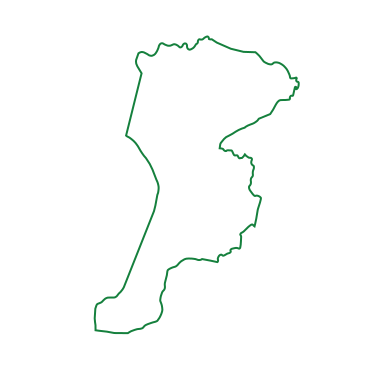 Dolores Merendon, Ocotepeque, Honduras, rotated 192°
{"feature_id": "27666195B64666731554953", "entity_name": "Dolores Merendon", "entity_type": "district", "adm_level": 2, "iso_a3": "HND", "parent_name": "Honduras", "parent_adm1": "Ocotepeque", "projection": "equal_earth", "projection_center": [-89.141, 14.565], "detail": "fine", "context": "isolated", "style": "outline", "palette": "green", "viewbox_px": 384, "rotation_deg": 192, "n_neighbors": 0, "source": "geoboundaries", "source_scale": "gbopen_adm2", "svg_char_len": 6066}
<svg xmlns="http://www.w3.org/2000/svg" viewBox="0 0 384 384"><g transform="rotate(192 192 192)"><path d="M204.4,345.5L205.8,345.1L207.1,345.1L207.3,345.4L207.7,346.4L208.1,346.9L208.8,347.3L209.4,347.3L210.3,346.8L211.2,346.1L212.0,345.3L212.9,344.0L213.7,343.3L214.7,343.0L215.2,342.9L216.2,343.0L216.9,342.7L217.3,342.1L217.5,341.5L217.6,340.8L217.4,339.6L217.6,338.7L218.0,338.1L218.7,337.5L218.9,337.1L219.5,335.4L220.0,334.3L220.7,333.2L221.6,332.3L222.5,331.5L223.5,330.9L224.1,330.7L224.8,330.8L225.4,331.0L225.9,331.3L226.4,331.8L226.8,332.4L227.1,333.2L227.3,334.2L227.7,335.0L228.4,335.7L228.9,335.9L229.3,335.9L230.2,335.7L230.8,335.2L231.4,334.3L231.7,332.9L232.1,332.1L232.7,331.4L233.5,331.0L234.1,331.0L234.5,331.2L236.0,332.1L237.1,332.5L238.1,332.8L239.1,332.9L239.9,332.9L240.8,332.6L241.5,332.1L242.6,331.3L243.5,330.7L244.4,330.4L245.3,330.2L246.2,330.1L247.7,330.3L249.3,330.6L251.4,331.3L251.9,331.3L252.4,331.2L253.0,331.0L253.5,330.6L254.0,330.0L254.3,329.4L254.7,328.1L254.8,326.0L255.1,324.4L255.4,322.9L255.8,321.7L256.4,320.1L256.9,319.2L257.7,318.2L258.5,317.6L259.2,317.1L259.9,316.8L260.7,316.7L261.6,316.7L262.4,316.8L264.4,317.6L266.6,318.2L268.2,318.6L269.4,318.6L270.3,318.5L271.4,318.0L272.3,317.4L273.2,316.5L274.1,309.5L273.9,307.9L273.2,305.9L271.6,303.6L266.0,297.6L268.2,233.5L267.3,233.0L264.5,232.2L262.3,231.2L259.7,229.8L257.4,228.2L255.7,226.7L254.4,225.5L250.8,221.5L249.0,219.7L246.6,217.5L244.0,215.5L239.2,210.7L235.3,205.7L229.5,196.8L227.9,194.6L227.2,193.4L226.4,191.8L225.7,190.0L225.3,188.1L225.1,186.1L225.0,184.1L225.3,182.0L225.0,171.2L225.2,165.4L238.9,84.5L239.7,82.2L241.1,79.4L242.5,77.4L243.7,74.9L244.1,74.2L244.7,73.6L245.5,72.9L246.3,72.6L252.0,71.3L252.8,71.0L253.7,70.4L254.5,69.8L255.1,69.1L256.1,67.7L257.2,65.9L257.7,65.3L258.4,64.7L260.8,63.1L261.2,62.8L261.6,62.2L261.9,61.3L262.3,57.8L260.9,48.2L259.8,44.6L258.7,41.6L257.6,36.7L254.7,36.9L246.2,37.7L238.7,37.9L225.4,40.6L224.2,41.8L222.6,43.2L219.4,45.2L217.2,46.4L216.1,46.8L214.2,47.4L212.8,48.1L212.2,48.5L211.7,49.1L210.5,51.3L210.0,51.8L209.4,52.4L207.7,53.6L204.6,55.5L203.2,56.3L200.8,57.5L199.5,58.4L199.0,59.0L198.7,59.8L197.9,61.6L197.4,63.1L197.0,64.7L196.7,66.2L196.5,67.8L196.4,69.2L196.5,70.7L197.2,72.9L197.9,74.7L198.7,76.2L200.3,78.7L200.6,79.6L200.7,80.7L200.8,82.1L200.8,83.8L200.4,87.3L200.2,88.1L200.0,88.7L199.2,90.0L198.9,90.6L198.7,91.3L198.6,92.0L198.7,93.4L198.9,94.1L199.4,95.8L199.6,97.3L199.3,105.3L199.6,109.4L199.5,110.3L199.2,110.9L198.1,112.1L196.3,113.5L194.9,114.4L193.0,115.4L192.0,116.2L191.0,117.5L190.1,119.2L189.5,120.2L188.2,122.0L186.8,123.3L185.4,124.6L184.4,125.2L183.6,125.6L181.6,126.2L178.4,126.8L176.4,127.0L174.6,127.1L172.0,126.8L171.0,126.9L170.3,127.1L169.6,127.4L168.8,127.9L168.2,128.5L159.6,128.7L152.7,128.7L152.3,129.2L152.2,130.0L152.3,130.7L152.7,131.5L152.9,132.1L152.9,132.7L152.8,133.4L152.6,134.3L152.3,135.1L152.0,135.6L151.5,136.2L150.9,136.6L150.4,136.8L149.8,136.7L148.7,136.2L148.2,136.2L147.7,136.4L146.9,137.0L144.6,139.1L142.7,140.1L142.2,140.6L141.9,141.0L141.7,141.6L141.8,142.0L142.2,142.7L142.3,143.1L142.2,143.5L141.9,144.1L141.1,144.8L139.0,145.8L137.3,146.5L136.0,146.6L134.3,146.4L133.9,146.5L133.6,146.8L133.3,147.4L133.3,148.2L133.4,150.5L133.8,153.4L134.6,158.4L135.0,159.3L135.7,160.1L135.9,160.3L135.9,160.8L135.8,161.4L135.3,162.2L134.2,163.1L133.2,164.2L129.7,169.5L128.5,171.0L127.3,172.3L126.5,172.7L126.0,172.7L125.5,172.5L124.6,171.8L123.7,171.4L123.6,173.9L123.6,179.4L124.0,188.3L123.9,189.8L123.3,195.9L123.2,198.7L123.2,199.7L123.3,200.1L123.5,200.7L123.9,201.0L125.0,201.6L126.2,201.9L127.1,202.0L127.9,201.9L128.5,201.8L129.3,201.3L129.7,201.2L130.0,201.3L130.4,201.4L131.2,201.9L132.4,202.8L135.0,205.1L136.1,206.2L136.8,207.3L137.2,208.4L137.3,209.2L137.1,209.8L136.6,210.6L136.4,211.3L136.2,212.0L136.2,212.7L136.4,214.0L137.0,215.8L137.1,217.1L136.9,218.1L136.7,218.6L136.1,219.6L135.9,220.5L136.0,221.4L136.5,223.1L136.7,224.5L136.7,225.8L136.4,227.6L136.5,228.7L136.7,229.6L137.1,230.3L137.6,230.6L138.4,230.9L139.0,231.3L139.6,231.9L140.0,232.6L140.2,233.2L140.3,233.9L140.3,234.8L140.1,236.0L140.2,236.5L140.4,237.0L140.7,237.3L141.4,237.6L141.9,237.6L143.3,237.4L143.9,237.5L144.6,237.8L146.9,238.8L147.5,239.4L148.1,239.8L148.5,238.7L148.9,237.7L150.1,235.8L150.4,235.6L151.4,235.4L152.2,234.9L152.8,234.9L153.4,235.2L154.9,237.0L155.2,237.2L156.3,237.1L157.5,236.7L158.0,236.7L158.4,236.9L158.8,237.1L161.3,240.4L161.9,240.8L162.4,240.8L163.4,240.6L165.5,240.3L166.5,239.9L167.1,239.2L167.9,239.0L168.5,239.1L169.2,239.4L169.7,239.7L170.4,240.4L171.1,240.6L171.9,240.7L174.0,240.5L174.3,244.7L174.0,246.0L171.7,250.5L170.0,252.8L167.3,255.0L164.5,257.4L161.8,260.1L159.2,262.4L156.4,264.4L153.8,265.9L153.3,266.7L151.3,268.5L149.0,270.1L146.9,271.4L145.6,272.4L144.3,273.7L143.0,275.2L142.5,276.1L142.1,277.1L141.8,277.6L131.7,284.5L129.8,289.4L128.2,294.8L127.6,296.5L126.9,298.0L125.9,299.4L125.1,300.0L124.2,300.4L119.5,301.5L116.9,302.3L116.1,302.6L115.8,302.9L115.7,303.2L115.6,303.6L115.9,304.5L115.9,305.1L115.8,305.6L115.6,306.1L115.3,306.6L114.8,306.9L113.6,307.0L113.3,307.3L113.2,307.7L113.1,315.1L113.1,315.7L113.0,316.0L112.8,316.3L112.5,316.4L112.2,316.4L111.8,316.0L111.7,315.7L111.8,314.9L111.7,314.6L111.5,314.3L111.3,314.3L111.0,314.4L110.9,314.5L110.7,314.9L110.3,315.5L110.1,316.0L109.9,317.3L109.9,318.6L110.1,320.0L110.4,321.1L110.7,321.5L111.0,321.7L111.4,321.8L111.9,321.7L112.3,321.8L112.7,322.1L113.1,322.4L113.3,322.9L113.4,323.5L113.4,324.0L113.2,324.6L113.2,324.9L113.4,325.3L113.7,325.5L114.2,325.4L115.5,324.7L117.2,324.1L118.8,323.7L119.3,323.8L119.8,324.3L120.6,326.2L121.5,327.6L123.5,330.3L125.2,332.1L126.9,333.4L128.7,334.6L130.7,335.5L132.6,336.1L133.9,336.4L135.0,336.4L136.0,336.4L137.0,336.2L138.0,335.9L138.6,335.6L139.2,335.0L140.0,333.9L140.8,333.4L141.4,333.2L142.3,333.1L144.0,333.1L147.0,333.8L148.1,334.2L148.9,334.5L149.9,335.3L152.8,337.8L154.5,339.2L157.0,340.8L159.0,341.9L170.7,339.8L183.8,340.2L198.8,343.3L204.4,345.5Z" fill="none" stroke="#15803d" stroke-width="2"/></g></svg>